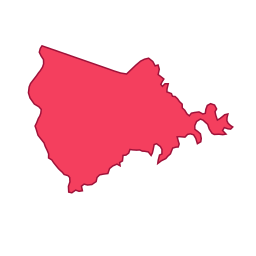 Heitoraí, Goiás, Brazil (Natural Earth projection), rotated 188°
{"feature_id": "56859067B60847628192703", "entity_name": "Heitoraí", "entity_type": "district", "adm_level": 2, "iso_a3": "BRA", "parent_name": "Brazil", "parent_adm1": "Goiás", "projection": "natural_earth1", "projection_center": [-49.823, -15.733], "detail": "fine", "context": "isolated", "style": "filled", "palette": "rose", "viewbox_px": 256, "rotation_deg": 188, "n_neighbors": 0, "source": "geoboundaries", "source_scale": "gbopen_adm2", "svg_char_len": 2199}
<svg xmlns="http://www.w3.org/2000/svg" viewBox="0 0 256 256"><g transform="rotate(188 128 128)"><path d="M117.3,200.0L121.3,198.4L124.8,196.0L129.0,191.3L133.2,186.0L136.9,181.3L142.9,181.4L150.1,182.6L156.3,183.9L184.1,189.4L224.6,197.4L225.9,194.6L226.4,190.7L224.1,187.3L221.2,184.0L220.5,179.8L221.1,176.4L222.8,172.6L224.3,170.1L225.9,166.9L228.2,162.9L230.7,158.5L231.6,154.9L231.5,149.0L229.2,144.1L227.1,141.9L224.1,138.7L219.3,136.7L216.5,134.3L216.4,130.5L217.0,127.6L218.1,125.0L219.2,120.4L220.3,117.0L219.0,114.6L216.1,108.3L213.2,105.5L209.1,101.6L207.3,98.1L204.8,94.4L203.0,91.3L202.5,87.3L199.0,85.8L196.7,83.2L193.5,80.2L191.1,78.0L188.9,76.4L186.8,75.0L184.8,73.1L180.8,72.5L178.8,70.8L178.0,66.5L178.9,62.0L177.8,56.3L174.6,56.0L171.2,59.2L167.7,58.5L164.4,59.5L166.0,63.9L163.7,66.3L160.2,65.9L155.9,67.0L152.1,70.5L151.8,74.7L149.6,77.6L146.0,78.9L141.6,80.1L140.6,85.3L137.8,88.3L133.9,90.7L130.6,89.5L131.5,92.6L128.9,94.6L129.1,100.2L126.2,100.9L123.8,103.3L123.1,107.0L120.2,107.0L116.4,107.3L113.3,107.9L110.7,107.1L108.2,107.3L104.5,107.1L101.3,104.0L100.4,106.7L100.1,109.8L99.8,115.2L97.6,116.4L93.4,114.2L91.4,111.5L90.8,107.0L93.0,105.6L93.6,100.4L93.6,97.0L90.4,100.2L86.3,103.0L84.7,105.6L82.4,108.3L81.0,114.3L77.9,115.7L75.6,116.2L75.1,119.3L76.3,121.8L78.1,126.1L75.7,126.6L70.3,126.9L68.1,130.0L65.4,130.9L62.1,130.4L59.4,127.1L57.1,122.1L54.0,124.5L54.0,127.8L55.5,132.3L58.3,134.2L61.6,136.0L62.2,139.6L61.0,144.0L57.6,146.9L54.9,146.3L52.6,144.7L49.6,142.7L47.4,138.3L44.1,134.5L41.7,133.6L37.1,134.5L33.2,134.6L30.1,135.6L34.0,138.7L32.7,141.8L29.0,141.1L26.2,141.2L24.4,143.6L26.8,144.7L29.5,146.6L31.1,149.0L31.4,152.1L31.0,155.8L34.1,154.6L36.1,152.4L38.4,150.0L40.6,148.3L42.9,152.9L44.1,156.3L42.9,159.2L45.5,162.8L49.6,163.6L52.6,161.4L53.5,157.4L53.5,153.3L55.8,152.3L59.9,153.8L64.3,152.6L67.3,151.5L69.0,148.6L71.6,150.2L74.3,153.5L77.0,155.4L77.7,159.2L80.7,161.3L83.1,163.9L85.7,165.7L88.4,165.6L89.8,168.1L94.5,169.2L94.8,172.0L94.3,177.4L97.5,177.0L99.7,174.0L101.6,175.8L100.7,178.4L99.3,181.5L103.4,183.9L105.6,185.1L105.2,190.6L107.0,194.6L109.8,193.3L112.7,197.3L117.3,200.0Z" fill="#f43f5e" stroke="#9f1239" stroke-width="1.5"/></g></svg>